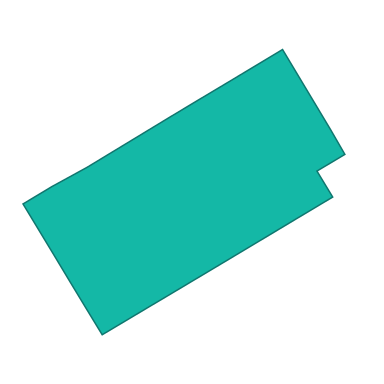 Marathon, Wisconsin, United States of America (Natural Earth projection), rotated 149°
{"feature_id": "52423323B47100062979933", "entity_name": "Marathon", "entity_type": "district", "adm_level": 2, "iso_a3": "USA", "parent_name": "United States of America", "parent_adm1": "Wisconsin", "projection": "natural_earth1", "projection_center": [-89.786, 44.901], "detail": "fine", "context": "isolated", "style": "filled", "palette": "teal", "viewbox_px": 384, "rotation_deg": 149, "n_neighbors": 0, "source": "geoboundaries", "source_scale": "gbopen_adm2", "svg_char_len": 428}
<svg xmlns="http://www.w3.org/2000/svg" viewBox="0 0 384 384"><g transform="rotate(149 192 192)"><path d="M41.6,145.5L41.1,173.7L41.0,267.5L89.8,267.5L106.5,267.5L138.4,267.6L171.3,267.6L269.4,267.2L309.2,268.8L343.0,268.8L342.8,207.6L342.8,177.3L342.7,147.1L342.5,115.9L286.9,115.7L268.6,115.6L203.9,115.4L138.4,115.3L116.5,115.3L74.0,115.2L74.1,145.6L41.6,145.5Z" fill="#14b8a6" stroke="#0f766e" stroke-width="1.5"/></g></svg>